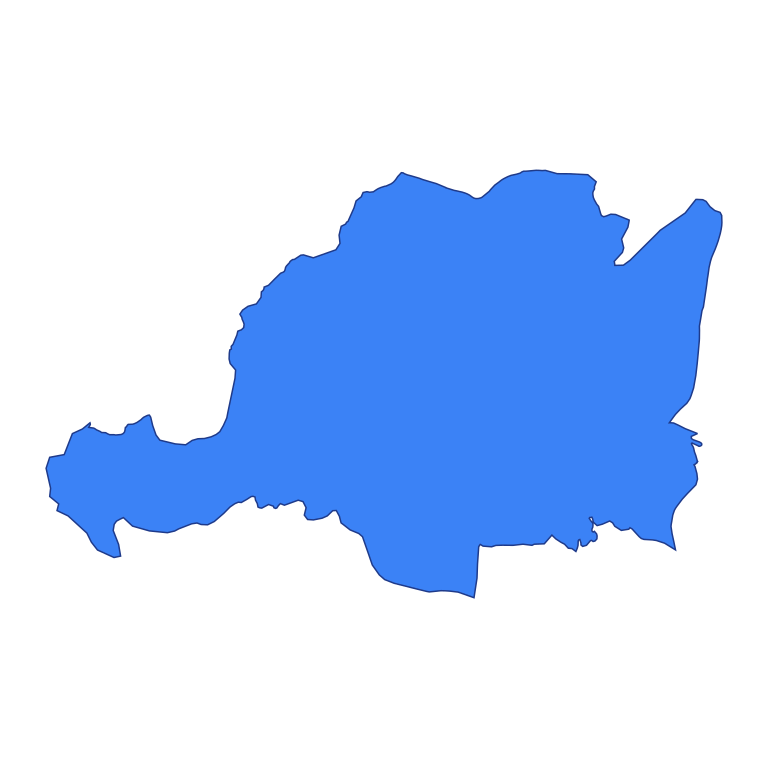 Penukal Abab Lematang Ilir, Sumatera Selatan, Indonesia (orthographic projection)
{"feature_id": "22746128B2393542990028", "entity_name": "Penukal Abab Lematang Ilir", "entity_type": "district", "adm_level": 2, "iso_a3": "IDN", "parent_name": "Indonesia", "parent_adm1": "Sumatera Selatan", "projection": "orthographic", "projection_center": [103.991, -3.208], "detail": "fine", "context": "isolated", "style": "filled", "palette": "blue", "viewbox_px": 768, "rotation_deg": 0, "n_neighbors": 0, "source": "geoboundaries", "source_scale": "gbopen_adm2", "svg_char_len": 5942}
<svg xmlns="http://www.w3.org/2000/svg" viewBox="0 0 768 768"><path d="M628.5,224.1L629.0,221.5L629.2,220.1L615.6,214.5L610.8,214.2L606.3,216.0L603.8,216.7L603.6,216.7L601.7,215.7L601.4,215.4L600.7,213.8L598.6,206.4L596.7,204.1L594.3,199.8L593.3,197.3L592.9,194.8L592.8,192.8L593.3,191.1L594.5,189.0L594.4,186.6L596.2,181.8L587.8,174.7L569.6,173.8L557.2,173.7L545.4,170.4L542.2,170.6L539.4,170.4L536.1,170.3L531.7,170.7L527.3,171.1L525.7,171.2L523.7,171.2L521.9,171.9L520.2,173.1L516.5,174.2L511.0,175.4L507.7,176.7L504.1,178.5L502.2,179.6L500.5,180.8L499.3,181.8L497.0,183.5L494.8,185.1L490.5,189.7L489.3,191.3L482.1,197.2L481.0,197.8L478.4,198.5L475.8,198.6L473.7,198.0L472.1,197.0L469.5,195.1L467.2,193.9L465.2,193.1L462.1,192.1L456.8,190.9L454.2,190.4L445.9,187.8L445.9,187.6L436.3,183.6L429.1,181.5L426.5,180.7L422.8,179.6L419.1,178.2L411.6,176.0L407.4,174.9L404.9,173.9L404.4,173.7L403.2,172.9L401.6,172.7L401.3,172.7L399.4,174.8L397.8,176.5L395.9,179.3L394.8,180.7L393.4,182.2L391.2,183.8L386.0,186.1L384.6,186.3L380.9,187.5L378.3,188.6L376.6,189.6L374.8,190.8L373.4,191.8L370.9,192.1L369.7,192.3L368.1,191.9L366.9,191.7L363.1,192.5L361.6,195.9L361.5,196.6L356.1,200.9L356.0,201.2L354.0,207.9L348.0,221.4L347.9,221.5L346.6,222.2L345.6,224.1L341.2,226.3L339.1,235.1L340.0,243.4L335.9,249.8L313.3,257.8L306.8,255.9L303.5,254.9L300.8,255.2L294.4,259.4L292.5,259.6L290.5,261.1L290.0,261.6L289.4,262.8L288.4,263.9L288.0,264.2L287.4,265.0L286.7,265.6L285.6,267.3L285.3,268.7L285.1,269.5L284.8,270.4L284.3,271.4L283.2,272.2L282.3,272.5L281.2,273.0L280.6,273.2L274.4,279.3L268.5,285.3L264.1,287.1L264.1,287.9L263.6,289.7L262.5,291.0L261.4,291.8L261.0,297.4L256.4,303.9L248.0,306.3L242.6,310.1L239.9,314.1L240.8,315.8L241.7,317.1L242.2,319.4L243.3,321.8L244.1,324.2L243.7,327.6L241.4,329.8L239.5,330.5L237.8,331.2L236.9,335.0L233.0,344.4L231.4,346.1L231.2,346.5L231.3,348.3L231.4,349.0L229.8,349.9L229.3,353.1L229.1,359.0L230.2,363.6L235.6,370.0L235.0,378.3L227.9,412.2L226.8,417.9L223.4,425.5L219.8,431.7L216.2,434.5L211.2,436.8L204.5,438.5L199.4,438.7L197.8,438.8L192.2,440.4L185.7,444.8L175.3,443.9L159.9,440.2L156.0,435.0L152.7,425.6L150.7,417.2L149.4,415.1L148.2,415.2L146.8,415.7L143.6,417.3L142.2,418.5L141.0,419.7L137.1,422.4L134.8,423.5L133.4,424.0L132.6,424.2L128.2,424.4L127.5,425.0L127.0,425.8L126.2,427.0L125.4,427.4L125.1,429.2L125.0,430.2L124.4,432.2L123.2,433.5L122.5,433.9L121.2,434.5L117.0,434.9L115.6,435.0L114.0,434.7L109.6,434.7L107.4,433.7L105.7,432.7L104.0,432.6L101.6,432.5L100.0,431.4L98.2,430.6L96.4,429.8L95.5,429.1L93.8,428.1L88.7,427.4L90.3,424.6L90.2,423.9L90.2,423.4L90.0,422.8L82.4,429.0L72.4,433.6L64.2,454.6L49.7,457.3L46.1,468.3L50.6,488.3L49.7,496.5L58.7,503.9L57.0,510.6L68.1,515.9L86.9,533.1L91.4,542.2L97.5,550.0L114.0,557.5L120.6,556.1L118.6,544.4L113.2,530.5L114.2,524.3L116.5,521.1L119.8,519.3L123.4,517.6L132.5,526.1L149.4,530.9L167.4,532.7L174.7,531.0L178.8,528.8L191.7,523.8L197.0,523.0L201.1,524.5L207.6,524.8L214.3,521.5L223.8,513.3L229.8,507.2L230.7,506.5L234.8,503.7L238.3,502.2L241.3,502.5L246.8,499.4L251.1,496.6L253.0,496.3L255.0,497.0L255.5,500.1L257.3,503.6L257.9,506.6L258.1,507.2L260.0,507.9L261.8,508.1L268.6,504.5L273.4,506.2L273.9,507.7L275.5,508.4L276.8,508.0L278.5,505.5L280.4,503.6L284.4,505.2L298.2,500.2L303.0,501.6L306.1,507.7L304.3,515.1L307.6,519.5L313.4,519.9L322.1,518.2L327.3,515.9L332.7,510.7L336.3,510.5L339.5,516.5L339.5,516.8L341.1,522.9L343.1,524.4L350.1,529.9L355.4,532.1L358.8,533.5L362.5,536.7L368.7,554.5L372.3,565.0L379.3,574.9L384.7,579.6L394.2,583.3L416.4,588.9L427.0,591.5L429.3,591.9L433.3,591.5L440.9,590.7L445.3,590.8L449.8,591.1L458.1,592.1L474.0,597.7L477.0,578.1L477.5,564.1L478.7,546.7L480.2,544.4L480.3,544.4L483.0,546.1L491.6,546.8L495.9,545.4L502.4,545.2L511.9,545.3L513.2,545.3L523.0,544.2L532.0,545.3L534.3,544.2L544.3,543.8L551.9,535.1L555.8,538.9L561.0,542.3L564.6,544.2L568.3,548.2L572.0,548.6L575.9,551.5L576.3,550.6L577.3,548.1L578.0,545.5L578.1,543.9L578.2,541.0L578.6,540.0L579.8,539.5L580.9,542.8L581.0,545.0L582.7,546.4L586.5,545.3L590.5,540.6L591.6,540.4L593.1,541.5L595.0,541.0L596.9,538.9L597.1,535.9L596.6,533.9L594.4,531.3L593.3,532.0L592.4,531.6L591.9,530.6L592.0,529.0L592.8,527.1L593.0,524.9L592.8,523.1L590.9,520.9L589.2,518.3L589.7,517.5L590.8,517.4L591.9,517.2L592.7,519.0L593.3,522.2L597.1,525.6L602.3,524.2L609.7,521.0L612.6,522.8L614.8,526.3L621.3,530.4L628.8,529.2L630.0,527.7L632.3,529.1L633.5,530.5L639.2,536.7L641.3,538.5L643.9,539.4L652.5,539.9L656.4,540.5L664.6,543.2L675.5,549.9L673.9,542.1L672.1,533.8L671.0,526.5L671.2,524.5L671.7,521.7L672.8,515.0L674.4,510.3L675.7,508.0L677.1,506.0L682.3,499.1L687.6,493.3L695.9,484.8L697.5,479.1L696.9,473.6L695.0,466.5L694.0,464.8L694.4,464.5L695.2,464.2L695.7,463.8L696.2,463.3L696.9,462.9L697.5,461.7L697.4,461.7L697.5,461.6L695.8,455.5L694.5,452.0L693.6,448.0L693.0,446.5L692.2,445.3L691.5,443.9L691.5,443.4L692.1,443.0L698.1,445.8L698.7,446.2L699.5,446.3L700.4,446.0L701.0,445.7L701.7,445.0L701.8,444.0L701.4,443.3L700.9,442.8L699.5,442.0L693.1,439.7L691.4,438.5L691.3,436.4L697.6,433.5L697.4,433.5L693.9,432.1L685.3,428.7L678.2,425.1L673.6,423.0L671.1,422.8L669.3,422.8L673.7,416.7L675.6,414.2L675.8,414.0L680.2,409.3L684.0,405.8L686.7,403.4L689.9,398.7L691.2,395.4L693.6,388.0L695.8,375.6L697.2,363.6L698.3,352.0L699.3,340.7L699.4,338.6L699.5,330.4L699.4,326.1L700.6,319.2L702.0,310.6L703.4,307.0L704.5,299.6L706.3,287.6L706.8,283.9L707.4,278.9L708.0,275.2L709.1,267.3L710.5,261.2L711.7,257.3L712.7,254.9L715.3,248.8L716.8,244.8L718.2,240.8L720.3,233.4L721.2,229.1L721.7,225.8L721.9,222.7L721.7,215.5L720.1,212.4L716.0,211.0L714.7,210.5L711.0,207.5L710.0,206.7L708.0,204.0L706.1,201.4L702.8,199.7L697.0,199.4L696.0,199.4L695.4,200.1L685.2,213.0L660.2,230.3L656.9,233.7L644.7,245.8L630.2,260.2L623.4,265.2L614.8,265.4L614.8,264.7L614.4,262.1L614.2,261.4L622.4,252.4L623.7,247.9L621.6,239.0L627.9,227.2L628.5,224.1Z" fill="#3b82f6" stroke="#1e3a8a" stroke-width="1.5"/></svg>